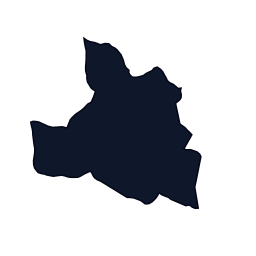 outline of Orlândia, São Paulo, Brazil, rotated 290°
{"feature_id": "56859067B71991495502873", "entity_name": "Orlândia", "entity_type": "district", "adm_level": 2, "iso_a3": "BRA", "parent_name": "Brazil", "parent_adm1": "São Paulo", "projection": "albers", "projection_center": [-47.895, -20.7], "detail": "fine", "context": "isolated", "style": "filled", "palette": "ink", "viewbox_px": 256, "rotation_deg": 290, "n_neighbors": 0, "source": "geoboundaries", "source_scale": "gbopen_adm2", "svg_char_len": 1838}
<svg xmlns="http://www.w3.org/2000/svg" viewBox="0 0 256 256"><g transform="rotate(290 128 128)"><path d="M76.7,221.4L95.3,210.9L101.9,210.0L126.0,206.3L127.9,204.3L129.1,201.2L129.1,197.6L129.0,194.1L127.6,190.7L127.2,187.6L143.5,190.3L145.1,187.1L146.1,184.7L147.9,181.3L148.8,177.9L149.6,175.3L167.5,164.2L171.8,166.8L174.5,167.5L177.6,166.6L180.7,164.6L183.6,164.2L182.3,161.6L184.5,155.6L184.8,151.6L186.0,148.7L188.2,146.6L189.9,144.5L192.7,141.4L194.2,138.7L195.2,134.6L193.1,132.0L190.1,131.0L187.0,127.9L185.3,126.3L182.6,124.6L179.8,120.7L178.4,118.2L177.3,114.9L178.3,112.1L180.1,109.8L182.6,109.1L184.0,105.5L186.3,103.0L189.8,100.6L192.2,98.5L194.6,96.2L195.8,94.0L197.7,91.0L198.7,88.0L198.9,85.0L200.6,81.1L199.4,77.2L197.9,75.3L196.8,73.4L196.9,70.1L196.9,67.7L196.2,63.0L196.3,59.4L197.3,56.0L195.0,57.1L191.8,58.9L188.8,60.7L186.3,62.4L182.8,63.6L179.1,64.9L175.0,66.2L172.6,66.8L170.3,67.5L167.7,68.5L165.5,69.8L163.5,71.4L160.7,72.3L157.3,74.3L155.1,77.1L153.1,79.5L152.2,82.0L151.5,84.9L145.1,85.0L139.6,84.6L136.7,82.0L131.4,79.7L127.9,77.7L126.0,76.3L123.2,74.2L118.8,72.0L116.2,71.0L111.9,70.8L107.1,70.7L106.7,65.9L104.4,60.7L102.8,57.1L102.3,52.3L103.1,42.0L102.6,39.3L101.8,36.5L100.2,34.6L97.4,36.3L94.9,38.0L92.6,39.4L88.9,41.0L83.2,43.9L80.1,45.5L76.7,47.5L72.8,48.8L65.0,50.4L61.3,51.9L58.5,53.9L56.7,56.6L55.4,58.9L55.6,62.5L56.1,65.0L56.1,68.0L56.6,71.1L57.1,74.3L58.6,77.1L60.9,81.6L61.4,84.6L61.5,88.2L62.1,91.1L63.2,94.2L64.6,97.7L66.2,99.5L70.2,102.9L74.7,107.4L73.2,109.6L71.3,111.5L69.8,113.6L68.9,116.8L68.7,120.4L62.5,150.8L63.6,154.2L64.3,157.5L64.2,164.8L62.6,170.2L64.0,173.4L66.8,175.8L69.5,177.2L72.5,178.4L75.5,179.0L78.0,179.3L76.9,182.2L76.7,185.9L76.7,189.8L75.7,192.6L74.8,208.9L76.7,212.2L75.6,215.5L75.5,218.6L76.7,221.4Z" fill="#0f172a" stroke="#020617" stroke-width="1.5"/></g></svg>